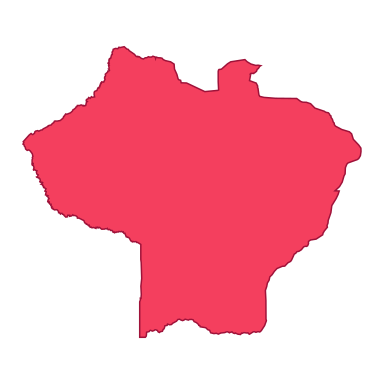 outline of Sikonge, Tabora, United Republic of Tanzania
{"feature_id": "72390352B96655451787370", "entity_name": "Sikonge", "entity_type": "district", "adm_level": 2, "iso_a3": "TZA", "parent_name": "United Republic of Tanzania", "parent_adm1": "Tabora", "projection": "mercator", "projection_center": [32.873, -6.086], "detail": "fine", "context": "isolated", "style": "filled", "palette": "rose", "viewbox_px": 384, "rotation_deg": 0, "n_neighbors": 0, "source": "geoboundaries", "source_scale": "gbopen_adm2", "svg_char_len": 5820}
<svg xmlns="http://www.w3.org/2000/svg" viewBox="0 0 384 384"><path d="M139.7,337.3L145.3,337.3L146.1,336.4L146.4,335.3L146.6,332.2L149.1,331.6L149.9,330.5L150.5,330.3L152.4,331.1L153.9,330.6L155.0,329.8L155.7,329.8L157.4,330.5L158.2,331.9L159.4,332.5L160.4,331.7L162.4,331.3L163.2,329.4L163.8,329.1L164.4,328.0L164.9,325.8L167.1,325.4L167.5,324.1L169.7,324.8L171.5,324.5L172.8,323.2L176.5,321.2L177.8,319.5L179.7,319.2L180.6,319.9L182.5,320.6L183.8,320.2L185.1,319.2L188.4,320.1L189.4,319.5L191.5,319.4L193.1,319.8L194.1,321.6L196.4,322.6L198.5,324.5L198.8,325.4L199.8,325.6L200.2,326.8L205.7,327.7L207.8,329.7L209.6,330.3L210.7,332.8L213.9,333.6L216.3,333.3L218.4,334.1L220.8,333.0L224.8,332.6L226.4,331.9L227.7,331.8L229.4,332.8L230.0,332.2L230.8,332.4L231.9,331.8L233.3,333.1L234.8,333.5L235.3,333.0L237.9,334.2L240.5,334.5L241.7,333.1L242.3,333.3L243.9,332.6L246.5,333.0L247.9,332.8L248.5,333.7L249.5,334.2L253.3,331.8L254.4,331.7L255.9,332.3L258.0,331.6L259.8,332.0L261.3,330.7L264.6,325.6L266.4,320.7L266.0,319.1L265.9,300.4L265.4,290.4L266.7,286.6L267.4,283.0L269.1,280.2L269.8,276.9L272.1,274.7L274.4,271.3L277.0,268.5L282.3,266.3L284.8,266.1L287.9,262.8L290.6,261.4L291.7,259.8L294.3,254.0L295.6,253.4L296.9,251.7L298.9,251.3L301.4,249.7L303.6,246.9L305.2,246.3L306.5,246.4L307.6,245.8L308.5,243.7L308.4,241.8L308.8,241.2L310.5,240.0L316.1,239.1L322.7,234.8L323.0,233.3L324.3,231.0L327.4,227.2L327.0,225.7L328.0,223.1L328.2,220.5L330.9,212.6L331.8,205.6L336.1,198.6L338.1,194.4L339.2,191.0L335.0,190.8L339.5,186.6L342.2,182.1L344.0,175.9L345.1,173.9L345.4,167.7L346.8,164.2L348.1,162.9L357.3,159.6L358.7,158.6L360.4,155.7L361.0,151.6L360.9,148.1L358.7,145.0L353.3,139.3L351.6,133.8L349.4,131.8L341.8,129.5L335.4,126.1L334.3,124.5L334.2,123.1L333.2,122.0L332.4,119.3L331.0,117.3L331.0,116.0L329.8,115.0L329.5,114.1L328.4,112.8L325.6,112.2L324.4,111.3L314.9,108.1L310.6,103.7L306.4,102.3L302.8,102.2L300.8,101.5L296.7,98.5L275.6,98.3L264.0,97.4L259.8,96.4L258.9,94.8L258.0,88.3L257.5,87.2L257.7,86.1L256.2,83.1L249.5,80.6L250.5,75.4L250.1,74.4L250.5,73.6L251.4,73.7L251.5,73.3L253.4,73.5L253.4,73.2L254.4,73.0L256.5,71.3L257.2,69.3L258.4,68.5L259.7,66.3L260.7,65.7L258.2,65.2L255.7,65.4L250.9,64.0L247.2,61.8L244.9,59.6L230.7,61.8L227.5,63.8L221.4,69.2L219.0,69.5L218.5,70.1L218.2,71.4L218.2,81.8L218.6,90.0L217.8,90.4L204.8,91.6L186.6,83.0L181.2,82.8L180.6,80.3L178.9,79.8L178.1,78.9L176.9,74.4L174.5,69.1L174.1,64.1L170.6,61.8L165.3,60.6L163.1,59.5L162.2,58.3L160.8,57.9L157.9,57.7L156.4,57.1L156.0,57.2L155.6,58.5L155.2,57.0L152.9,56.2L151.6,57.0L149.6,57.1L148.4,56.7L146.8,57.7L145.2,57.8L143.4,59.0L141.4,58.4L139.2,56.7L138.2,56.9L137.8,56.3L137.1,56.7L136.3,56.5L134.3,54.2L129.1,50.6L128.3,49.4L126.8,49.0L124.2,46.7L119.9,47.6L119.0,47.2L117.8,48.7L115.5,48.4L113.2,49.3L112.9,51.0L112.1,52.1L112.3,54.5L111.5,54.9L110.7,58.2L109.7,58.5L109.2,59.1L109.5,59.7L108.9,60.1L109.1,62.0L108.4,62.5L108.7,62.9L108.3,63.4L109.0,63.6L108.6,64.2L109.2,65.2L108.6,65.5L109.1,67.7L109.0,69.0L108.6,69.1L109.5,70.2L109.1,70.8L107.8,71.1L107.6,72.1L105.3,74.2L105.5,75.8L105.2,76.7L104.7,76.9L104.5,78.2L105.1,79.1L103.7,82.1L101.7,81.9L101.6,82.4L101.0,82.7L101.2,83.5L100.5,83.8L100.4,85.0L99.9,85.2L99.8,86.8L98.5,87.5L98.7,88.1L97.8,88.2L96.9,90.5L94.8,91.3L94.2,92.2L94.1,94.5L94.6,96.9L92.3,97.3L91.4,96.7L90.3,98.3L88.7,97.5L87.9,98.9L86.8,99.3L86.2,100.1L86.3,101.0L87.3,101.5L86.4,102.3L85.7,105.5L84.3,105.9L83.9,105.4L83.3,105.4L83.0,105.9L82.3,105.3L81.1,104.9L79.7,105.5L77.3,105.5L76.9,106.6L76.0,107.0L75.8,107.7L74.0,109.3L73.1,109.6L72.4,111.1L70.5,112.8L66.7,114.3L65.8,113.9L65.3,114.4L64.4,116.0L63.6,116.4L63.5,117.4L62.7,118.4L60.3,120.5L57.1,121.1L54.9,121.0L54.3,121.3L53.8,122.6L52.3,123.5L51.3,124.9L48.2,125.7L48.1,126.3L43.1,128.9L42.3,129.9L41.1,130.0L38.8,131.2L37.8,130.6L35.6,131.1L34.8,131.9L34.5,133.2L32.9,134.5L32.3,134.5L31.1,133.5L29.2,135.0L23.2,141.7L23.8,142.7L23.0,144.1L23.9,144.6L24.4,146.2L25.2,147.1L25.6,149.0L27.2,150.4L28.7,149.9L30.1,150.8L32.3,153.8L32.9,156.5L32.3,157.4L32.6,158.5L32.1,159.8L32.1,162.5L33.2,163.5L33.2,163.9L32.0,163.8L32.0,164.4L32.4,165.3L33.3,165.6L33.6,166.2L34.0,167.9L33.4,169.6L33.6,170.1L34.8,169.7L35.6,170.5L36.9,170.7L36.4,172.4L36.9,174.1L38.2,174.9L37.5,176.6L36.6,177.0L37.0,177.4L39.0,177.9L39.1,178.6L40.0,179.0L40.4,180.9L39.8,181.4L40.2,182.2L42.1,182.2L42.7,182.8L41.1,184.2L42.6,184.6L42.6,185.6L43.3,186.0L43.6,187.5L44.3,187.3L44.7,188.0L46.0,188.8L44.9,191.1L46.2,191.6L45.5,194.9L47.7,195.6L47.0,196.2L48.1,197.1L49.0,198.7L48.4,199.0L47.7,201.5L48.3,202.3L48.8,201.7L49.3,201.9L49.4,203.5L50.0,204.2L51.1,204.3L50.8,205.6L51.9,206.6L51.5,207.3L51.8,208.0L52.7,208.3L52.5,208.7L54.5,209.9L56.5,209.7L57.5,210.1L58.5,211.6L58.6,212.7L59.4,212.7L60.4,214.0L60.9,213.4L62.1,213.4L62.4,214.2L63.7,214.6L64.0,215.4L65.8,217.1L67.5,216.8L67.7,215.3L69.7,215.3L69.7,216.3L71.7,215.9L72.8,214.8L73.5,215.5L75.0,215.5L76.4,216.1L77.1,216.6L77.4,218.1L78.9,218.1L83.9,220.6L84.7,222.8L86.5,223.8L86.4,224.3L87.5,224.5L88.5,225.7L89.1,225.2L90.2,227.3L91.3,227.1L91.9,227.8L93.7,227.5L95.9,228.4L96.2,227.3L96.8,227.6L97.4,227.3L97.5,227.7L98.2,227.4L98.6,227.9L99.6,227.4L101.6,229.2L104.5,229.1L105.3,228.7L107.1,228.9L107.3,228.5L108.2,229.7L109.6,229.4L110.7,230.5L111.9,230.4L113.0,231.5L112.9,232.0L113.8,232.4L114.5,232.1L114.7,232.7L115.4,232.3L116.1,232.4L116.5,232.0L118.4,232.0L118.8,231.5L120.7,231.7L121.7,231.4L122.5,232.1L123.2,231.8L123.8,233.2L124.2,233.5L124.9,233.3L126.2,236.8L127.0,236.8L127.3,237.3L128.4,237.4L129.4,238.2L130.8,240.9L131.4,241.0L132.3,241.9L133.0,241.4L133.8,241.8L136.0,241.6L136.8,242.5L137.6,242.4L140.8,244.4L140.8,259.5L141.2,262.5L141.7,278.5L140.9,286.2L141.3,294.4L141.0,298.3L140.3,298.2L140.4,299.9L139.7,301.8L139.7,337.3Z" fill="#f43f5e" stroke="#9f1239" stroke-width="1.5"/></svg>